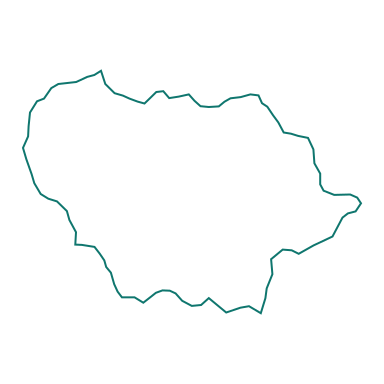 outline of Santo Antônio do Jardim, São Paulo, Brazil
{"feature_id": "56859067B903124124790", "entity_name": "Santo Antônio do Jardim", "entity_type": "district", "adm_level": 2, "iso_a3": "BRA", "parent_name": "Brazil", "parent_adm1": "São Paulo", "projection": "robinson", "projection_center": [-46.682, -22.131], "detail": "fine", "context": "isolated", "style": "outline", "palette": "teal", "viewbox_px": 384, "rotation_deg": 0, "n_neighbors": 0, "source": "geoboundaries", "source_scale": "gbopen_adm2", "svg_char_len": 1256}
<svg xmlns="http://www.w3.org/2000/svg" viewBox="0 0 384 384"><path d="M260.8,313.2L265.4,298.2L266.7,288.4L272.4,274.2L271.1,259.2L282.7,249.6L291.7,250.3L298.7,253.8L313.6,245.4L332.5,236.5L342.5,217.6L347.9,213.4L355.6,211.4L361.0,203.3L357.2,197.6L350.2,194.5L334.2,194.9L323.6,190.7L320.2,184.4L320.2,173.6L314.4,163.3L313.4,149.4L308.0,137.9L298.1,135.9L291.0,133.7L283.7,132.5L278.3,122.4L273.0,115.2L267.3,106.7L262.0,103.2L258.5,95.4L250.4,94.4L240.7,97.1L230.5,98.3L224.5,101.7L218.8,106.4L208.8,107.0L200.5,106.2L194.5,100.8L188.8,94.4L178.8,96.6L169.2,98.1L163.3,91.2L156.3,92.0L150.8,97.4L144.5,103.5L137.6,101.6L129.5,98.6L122.9,95.6L114.6,93.2L105.3,84.0L101.0,70.8L94.3,75.0L87.2,76.9L76.2,82.0L66.4,83.1L58.3,84.0L51.3,88.1L44.0,98.6L37.0,101.3L30.0,112.5L28.6,126.3L28.1,136.4L23.0,147.9L26.3,159.1L31.6,174.1L34.3,183.2L40.7,194.0L48.3,198.7L57.0,201.4L66.9,211.1L69.4,220.0L76.0,232.2L75.3,244.6L81.9,244.9L94.5,246.9L99.6,253.5L104.3,260.4L106.2,267.0L110.9,272.7L114.2,284.2L117.6,291.6L121.9,297.3L134.5,297.3L143.3,302.7L150.6,297.0L155.9,292.8L162.5,290.4L169.8,290.7L175.6,293.4L182.2,300.8L191.8,305.9L201.1,305.0L208.8,298.1L226.2,312.5L240.4,307.7L249.0,306.2L260.8,313.2Z" fill="none" stroke="#0f766e" stroke-width="2"/></svg>